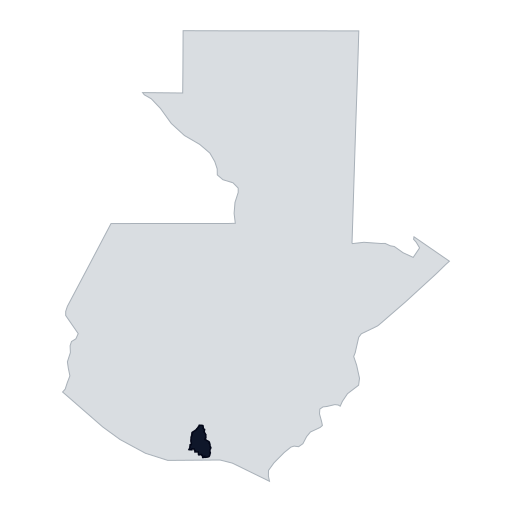 Masagua, Escuintla, Guatemala shown in context
{"feature_id": "79465075B43224707646328", "entity_name": "Masagua", "entity_type": "district", "adm_level": 2, "iso_a3": "GTM", "parent_name": "Guatemala", "parent_adm1": "Escuintla", "projection": "robinson", "projection_center": [-90.832, 14.098], "detail": "fine", "context": "in_parent", "style": "filled", "palette": "ink", "viewbox_px": 512, "rotation_deg": 0, "n_neighbors": 0, "source": "geoboundaries", "source_scale": "gbopen_adm2", "svg_char_len": 4686}
<svg xmlns="http://www.w3.org/2000/svg" viewBox="0 0 512 512"><path d="M62.6,392.0L65.2,389.1L67.3,382.6L69.9,375.9L68.3,368.1L67.4,361.8L70.4,352.6L70.1,345.8L71.5,341.5L75.9,338.8L78.2,333.6L65.7,315.5L65.7,311.4L67.4,306.3L77.6,287.0L89.7,264.1L103.0,238.8L111.0,223.6L140.2,223.5L159.5,223.5L184.0,223.5L210.6,223.5L228.1,223.5L235.3,223.3L234.1,213.4L235.0,202.4L238.2,192.5L238.2,188.1L233.0,182.8L222.9,179.7L217.3,174.9L217.2,168.9L214.8,161.6L209.9,153.1L199.7,144.4L184.4,135.5L171.3,123.5L160.5,108.5L151.3,98.8L144.3,94.8L142.6,92.6L163.2,92.8L182.7,93.0L182.9,71.5L183.0,52.3L183.1,30.7L218.4,30.8L260.5,30.8L304.3,30.8L338.6,30.9L358.8,30.9L358.0,57.7L357.0,88.7L356.2,111.5L355.2,142.0L354.2,173.1L352.9,215.5L352.0,243.0L352.4,243.6L363.9,242.3L380.9,243.5L385.1,243.4L390.3,245.8L394.3,246.5L403.0,252.7L413.2,257.4L419.6,247.9L416.2,242.2L413.6,239.3L414.0,236.8L449.4,261.2L445.2,265.0L436.3,273.7L420.0,288.6L405.5,301.9L391.5,314.0L378.9,324.9L377.4,326.0L361.3,333.8L358.7,337.3L355.2,352.7L353.7,356.5L356.6,365.1L359.5,378.3L358.6,385.2L347.5,393.7L342.4,401.3L340.2,406.2L338.2,405.0L334.8,404.6L326.8,406.5L323.0,406.9L319.8,409.1L319.5,413.9L321.6,421.6L322.4,425.5L320.2,427.4L310.4,432.0L306.6,436.6L302.9,443.7L298.6,446.7L294.1,446.1L290.9,447.1L284.2,452.5L274.0,462.8L268.5,470.4L268.4,476.1L269.5,481.3L232.3,463.1L220.0,460.0L167.8,460.4L145.5,453.3L120.0,439.5L102.8,427.0L62.6,392.0Z" fill="#d9dde1" stroke="#a8b0b8" stroke-width="1"/><path d="M192.4,432.2L192.4,432.3L192.4,432.5L192.4,432.8L192.2,432.9L192.1,433.0L191.9,433.0L191.9,433.4L191.9,433.5L191.9,433.9L191.9,434.0L192.0,434.1L192.1,434.3L192.2,434.5L192.1,434.8L192.0,435.0L191.9,435.0L192.0,435.3L191.9,435.4L191.9,435.5L191.7,435.7L191.7,435.8L191.5,436.0L191.4,436.1L191.5,436.2L191.5,436.3L191.4,436.5L191.3,436.8L191.3,437.0L191.2,437.2L191.2,437.3L191.1,437.5L191.0,437.8L191.1,438.3L191.2,438.5L191.1,438.8L191.0,439.0L191.1,439.3L191.0,439.5L191.0,439.8L190.9,439.9L190.9,440.0L190.9,440.3L191.0,440.4L191.0,440.5L191.0,440.8L190.9,440.9L190.9,441.0L190.9,441.4L191.1,441.8L191.1,442.2L191.3,442.4L191.3,442.5L191.2,443.2L191.3,443.5L191.4,444.5L191.2,444.8L190.3,444.7L190.1,444.8L190.2,445.2L190.2,445.4L190.2,445.5L189.9,446.0L189.9,446.4L190.0,447.4L189.8,447.7L189.6,448.2L189.5,448.3L189.4,448.8L189.2,449.1L189.0,449.4L188.9,449.6L189.2,449.7L189.6,449.7L190.3,449.7L191.3,449.8L191.9,449.8L192.0,448.7L192.7,448.7L194.1,448.9L194.1,449.4L194.2,449.8L194.5,450.2L194.7,450.3L194.8,450.4L195.0,450.5L195.3,450.6L195.3,450.9L195.1,451.1L194.9,451.2L194.9,451.7L194.9,451.9L198.3,451.9L198.3,452.1L198.4,453.1L198.5,454.5L198.6,454.8L198.9,454.9L201.5,454.5L201.8,455.3L201.9,455.5L202.4,455.6L202.5,455.6L202.6,457.1L202.7,457.5L202.9,457.6L203.3,457.5L203.5,457.4L203.5,457.0L203.5,456.9L204.4,456.8L204.5,456.7L204.5,456.8L204.7,457.3L205.7,457.3L206.2,457.2L207.3,457.1L208.2,456.8L208.5,456.8L208.8,456.7L209.1,456.5L209.2,456.1L209.3,455.9L209.4,455.7L209.6,455.6L209.7,455.2L209.7,454.8L209.8,454.7L210.0,454.1L209.9,453.7L210.0,453.3L210.0,453.1L210.2,452.9L210.3,452.9L210.3,452.5L210.1,452.2L210.0,451.9L210.0,451.5L209.9,450.2L209.9,449.8L210.0,449.4L210.6,448.7L210.8,447.8L210.8,447.5L210.5,447.5L210.3,447.3L210.3,446.6L210.1,446.3L210.0,445.7L210.0,445.3L209.9,445.2L209.8,444.7L210.0,444.4L210.0,444.1L209.6,443.8L209.5,443.7L209.5,443.4L209.4,443.4L209.2,443.2L209.3,443.1L209.5,442.9L209.5,442.6L209.3,442.3L209.2,442.0L208.9,441.6L208.5,441.4L207.7,440.9L207.0,440.7L206.5,440.3L206.3,440.1L205.8,439.8L205.5,439.5L205.0,439.4L204.8,439.4L204.9,438.5L205.1,438.2L205.5,438.2L205.8,438.1L205.9,437.9L205.9,437.5L205.8,437.4L205.7,437.3L205.7,437.2L205.7,436.9L205.7,436.7L205.9,436.3L205.8,435.7L205.7,435.4L205.7,435.2L205.9,434.8L205.7,434.5L205.3,433.8L205.0,433.2L204.2,432.2L203.9,431.9L203.9,431.7L204.1,431.6L204.3,431.4L204.5,430.1L204.6,429.4L204.3,429.2L203.9,429.1L203.3,428.6L203.0,428.4L203.0,428.2L203.3,427.7L203.1,426.5L203.1,426.0L203.0,425.7L202.8,425.5L201.6,425.3L200.4,425.3L199.7,425.2L199.4,425.2L199.4,425.3L199.2,425.4L199.1,425.5L199.1,425.8L198.9,426.0L198.9,426.3L198.9,426.5L198.7,426.6L198.5,426.8L198.4,426.9L198.4,427.0L198.2,427.0L198.0,427.3L197.9,427.5L197.8,427.8L197.7,427.9L197.6,428.0L197.4,428.2L197.3,428.3L197.2,428.4L197.1,428.5L196.9,428.8L196.8,429.0L196.7,429.0L196.7,429.3L196.4,429.5L196.2,429.7L196.1,429.8L195.9,429.9L195.7,430.0L195.3,430.3L195.2,430.4L195.1,430.5L194.9,430.6L194.7,430.9L194.5,431.0L194.4,431.0L194.2,431.1L193.8,431.3L193.7,431.4L193.6,431.5L193.4,431.7L193.3,431.8L193.2,431.8L192.9,431.9L192.8,432.0L192.7,432.0L192.4,432.2Z" fill="#0f172a" stroke="#020617" stroke-width="1.5"/></svg>